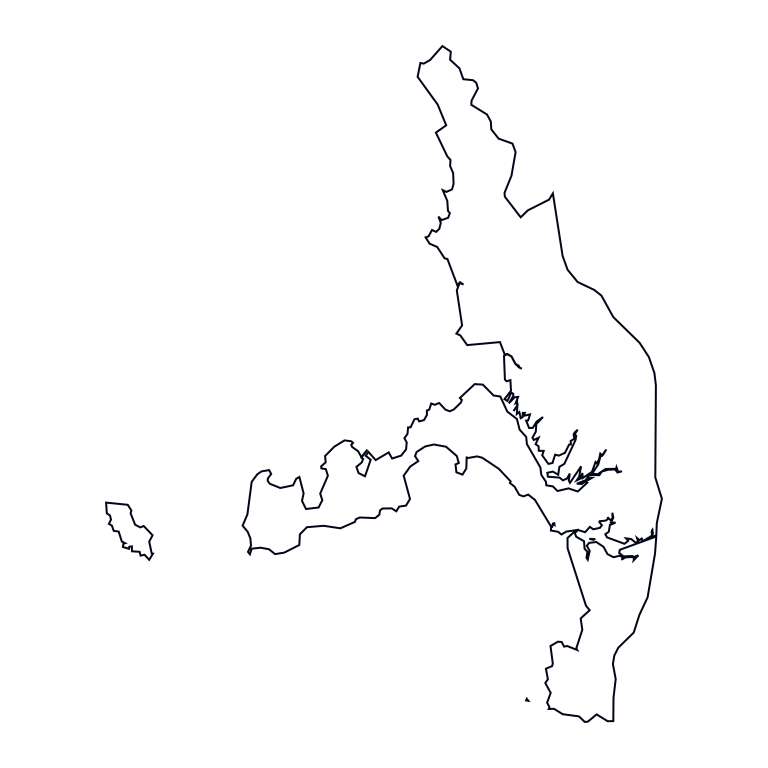 Hibiscus and Bays Local Board Area, Auckland, New Zealand, rotated 180°
{"feature_id": "76426892B59525679970548", "entity_name": "Hibiscus and Bays Local Board Area", "entity_type": "district", "adm_level": 2, "iso_a3": "NZL", "parent_name": "New Zealand", "parent_adm1": "Auckland", "projection": "equal_earth", "projection_center": [174.744, -36.648], "detail": "fine", "context": "isolated", "style": "outline", "palette": "ink", "viewbox_px": 768, "rotation_deg": 180, "n_neighbors": 0, "source": "geoboundaries", "source_scale": "gbopen_adm2", "svg_char_len": 6136}
<svg xmlns="http://www.w3.org/2000/svg" viewBox="0 0 768 768"><g transform="rotate(180 384 384)"><path d="M111.7,231.5L148.2,218.2L148.8,215.0L144.5,211.6L135.6,212.0L133.4,210.9L131.7,212.0L129.6,212.7L134.3,207.7L133.9,210.0L135.8,211.0L142.6,210.6L146.5,208.2L145.0,210.2L147.9,212.3L154.6,210.8L160.5,213.9L164.5,221.2L171.7,226.0L178.9,225.1L181.2,222.2L178.3,217.0L180.3,208.3L181.5,210.2L180.6,216.3L183.4,219.2L184.0,226.8L191.8,231.3L193.2,235.0L190.0,238.0L182.9,235.8L178.1,241.1L174.7,238.7L168.0,240.2L166.1,242.8L168.7,245.9L168.3,246.8L162.2,247.4L159.9,249.1L160.5,250.8L157.4,247.8L155.2,250.1L155.6,251.9L155.6,255.3L154.7,250.2L157.1,245.5L152.5,245.4L158.1,243.0L159.2,236.2L162.7,233.8L160.9,230.6L143.6,224.2L139.8,227.1L142.0,229.7L136.7,228.9L132.0,225.0L130.0,226.9L131.0,230.0L128.6,227.9L125.5,230.0L126.8,228.6L124.7,227.2L116.8,231.8L115.6,234.2L116.5,235.6L115.9,237.8L115.6,238.2L115.1,234.2L116.8,230.9L111.7,232.6L111.2,244.8L106.1,269.3L112.7,290.5L112.1,382.7L113.6,395.0L119.1,410.9L128.4,425.2L154.7,450.9L166.6,472.4L173.8,478.1L190.4,486.0L200.4,498.2L205.4,512.1L215.1,574.6L218.9,568.4L240.1,557.7L247.3,550.7L263.1,571.2L263.5,575.1L256.5,592.4L252.4,615.9L255.5,624.4L269.3,629.3L276.7,638.6L277.2,646.5L281.0,653.5L296.7,663.2L296.4,667.5L290.0,679.6L291.8,685.3L295.0,687.8L304.7,688.8L308.5,699.6L317.9,708.3L317.2,716.3L325.6,721.9L338.0,707.9L344.2,704.4L347.6,705.0L350.4,691.2L330.3,663.4L321.8,642.7L332.1,635.4L320.7,611.6L317.5,608.0L317.9,602.0L314.9,595.1L314.4,584.2L316.0,578.6L321.5,576.1L325.2,577.8L320.7,567.0L320.0,557.1L318.1,554.9L319.9,550.2L326.4,547.9L329.6,551.4L327.2,545.2L328.7,539.1L331.9,536.1L336.0,538.0L339.4,531.7L342.4,530.6L338.4,524.3L330.8,521.0L323.4,509.7L320.6,509.0L310.7,482.8L308.0,485.8L304.5,483.5L308.4,484.9L311.2,477.6L305.9,442.6L311.6,434.4L307.7,432.6L300.8,422.9L268.0,425.9L263.3,413.5L261.0,414.1L259.7,413.6L257.9,412.3L256.5,411.7L252.5,404.2L249.3,402.3L248.5,400.5L246.1,399.3L248.9,400.5L252.8,404.3L256.6,411.6L261.0,413.8L264.0,412.2L263.1,388.4L261.3,386.7L257.6,387.9L257.0,377.3L263.5,368.9L260.6,367.1L256.7,375.4L254.7,374.1L254.8,371.8L259.2,364.6L253.4,370.7L249.9,371.1L252.2,365.1L250.9,366.0L250.9,362.4L254.5,356.9L250.6,361.9L251.2,354.0L248.7,356.0L247.3,349.8L245.4,350.9L245.2,355.1L243.1,355.1L244.2,352.2L238.0,353.6L239.8,347.6L241.9,347.4L238.9,340.0L235.2,340.1L231.4,346.4L225.0,351.0L231.7,343.9L232.2,336.3L235.5,330.4L234.2,328.0L229.4,330.3L232.4,323.8L229.4,321.7L229.2,317.2L224.3,317.1L225.8,312.7L219.6,304.1L215.5,305.0L212.9,313.3L209.2,312.4L203.1,315.1L198.9,323.4L197.1,323.6L197.3,327.0L193.6,329.3L194.4,333.5L193.4,335.4L190.3,338.3L193.5,333.5L191.8,332.3L192.4,328.2L203.6,304.2L208.6,301.2L209.8,293.3L215.2,296.4L220.7,295.2L220.1,291.3L208.5,290.4L205.1,287.7L200.9,289.5L198.2,294.5L199.2,287.5L198.0,285.2L186.9,301.7L188.9,291.1L191.2,287.7L187.4,289.5L186.8,291.8L185.6,295.0L185.3,289.9L176.0,296.2L172.5,305.9L171.4,304.7L169.0,308.4L167.7,314.4L165.8,312.6L161.7,318.6L164.4,314.0L165.9,312.2L167.6,311.5L169.7,303.6L175.9,294.3L170.2,293.8L162.5,299.0L151.8,299.2L151.5,300.7L149.8,296.1L145.9,296.7L150.5,295.5L153.0,298.6L160.1,298.2L166.3,296.4L168.6,292.9L178.9,292.9L182.3,287.8L191.2,284.3L186.1,284.0L178.7,290.2L176.1,290.1L183.3,286.0L180.9,285.2L190.2,276.5L199.5,279.6L210.5,277.0L215.1,281.6L221.7,282.7L222.1,286.3L226.7,293.1L227.6,300.5L241.1,323.9L241.8,331.1L248.4,338.4L251.1,349.0L260.7,356.4L267.7,371.5L274.4,372.5L285.2,383.4L293.3,383.9L308.1,370.0L306.1,368.0L307.2,365.3L314.1,358.6L318.1,356.7L322.5,358.3L328.8,365.0L333.3,363.2L336.8,364.5L338.7,358.4L341.1,357.5L341.1,353.0L344.0,347.9L348.9,346.6L350.2,349.4L353.6,348.7L357.4,340.7L359.9,340.6L360.5,334.1L363.6,329.8L361.3,325.6L361.9,318.7L366.8,312.4L375.9,309.5L379.3,315.6L392.3,307.9L399.6,316.1L402.3,312.2L397.3,308.3L403.0,291.7L409.4,294.9L411.6,301.1L406.4,305.4L404.8,309.1L406.6,310.3L400.6,318.4L406.6,310.9L409.9,316.8L415.8,321.0L416.8,323.1L415.0,325.1L416.7,326.7L423.5,327.6L433.7,321.3L442.9,312.0L442.3,305.7L446.8,301.7L446.6,299.6L442.2,298.9L440.1,292.3L447.8,274.4L445.7,267.8L449.4,260.5L462.0,259.0L466.0,267.1L464.4,274.6L468.6,291.0L471.8,289.2L474.9,282.7L487.7,280.0L498.1,284.2L500.2,286.9L500.2,289.5L496.8,294.0L498.9,297.9L506.5,296.6L510.7,293.7L516.3,286.2L520.6,253.6L525.4,242.3L520.3,236.2L517.6,229.5L517.0,222.3L520.0,216.1L518.1,213.7L516.3,219.3L507.4,220.3L499.1,218.8L492.9,213.9L483.7,215.4L468.7,223.0L468.1,233.7L461.1,240.8L444.3,242.2L427.6,239.7L413.1,246.1L412.1,248.8L408.2,250.5L392.9,249.9L388.7,253.2L387.9,257.7L385.5,259.5L376.2,259.6L371.7,256.7L368.8,261.4L362.0,262.4L358.0,269.0L364.3,292.3L357.8,301.4L349.7,306.9L353.0,311.9L351.4,316.0L342.9,321.5L334.2,323.5L322.0,321.3L311.2,312.0L309.2,305.0L312.5,303.6L311.6,295.7L305.5,293.4L301.7,299.5L301.3,311.5L301.1,309.8L290.9,311.6L285.8,310.3L269.2,299.2L257.4,286.7L258.1,285.0L253.5,281.4L248.8,273.2L244.5,271.6L239.8,273.4L233.1,268.2L216.9,241.4L215.9,241.2L215.2,244.2L213.7,244.7L213.5,243.2L214.8,244.2L215.7,241.3L217.0,240.2L217.1,237.5L209.8,236.2L206.6,233.5L201.7,236.4L191.8,237.9L200.5,230.0L200.4,219.7L182.0,162.2L178.3,157.8L187.3,149.6L185.7,138.2L191.7,119.6L190.8,118.0L200.8,122.0L203.9,121.4L206.3,126.0L210.1,126.3L217.5,122.0L215.2,104.4L215.9,101.9L222.1,99.3L220.1,88.7L222.7,85.0L217.3,75.1L220.9,65.3L218.6,61.0L219.3,59.0L214.0,59.2L205.3,53.8L189.0,51.6L183.3,46.1L180.2,46.3L171.4,53.6L160.4,46.8L154.7,46.9L154.5,70.3L152.3,88.9L155.1,104.0L153.7,112.4L149.7,120.3L134.3,135.4L128.6,153.1L120.4,170.7L113.0,214.3L111.7,231.5ZM623.4,213.2L618.8,208.2L615.0,214.4L616.3,214.6L618.8,226.4L615.4,232.7L624.3,242.0L627.7,240.6L632.9,243.3L637.4,254.7L636.6,257.4L640.2,263.2L661.9,265.4L661.2,254.7L658.0,252.5L657.0,248.4L659.1,244.1L656.1,242.4L654.3,237.2L649.3,236.4L646.2,226.5L642.9,224.8L644.6,224.3L645.1,221.0L639.0,219.2L638.7,221.3L636.1,221.6L636.0,216.7L628.4,216.2L627.4,212.4L623.4,213.2ZM178.7,229.2L174.5,228.2L172.8,228.9L178.7,229.2ZM241.2,69.2L241.9,67.6L239.7,67.2L241.2,69.2Z" fill="none" stroke="#020617" stroke-width="2"/></g></svg>